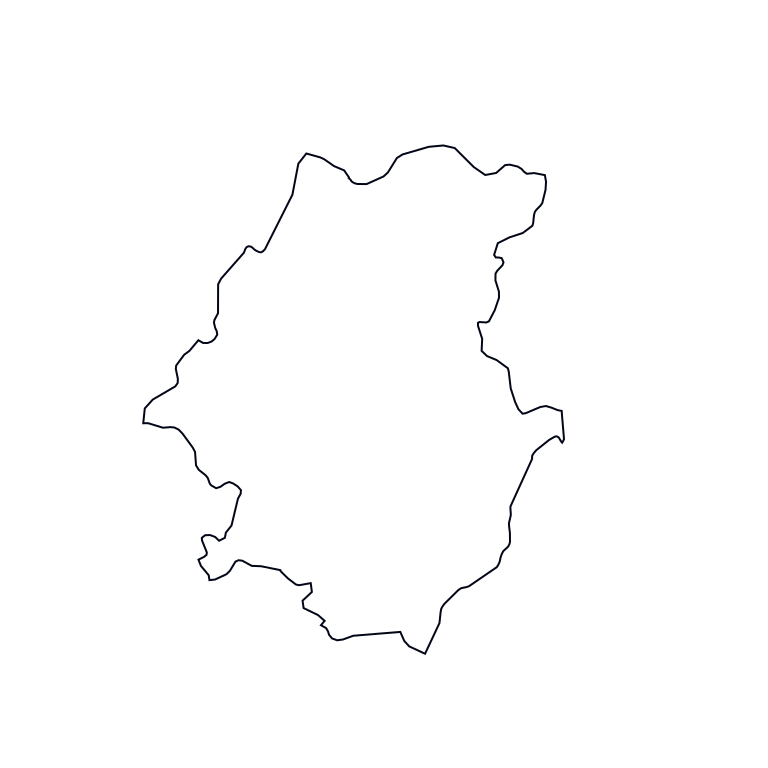 Turin, Albers equal-area conic projection, rotated 133°
{"feature_id": "ITA-5434", "entity_name": "Turin", "entity_type": "Province", "adm_level": 1, "iso_a3": "ITA", "parent_name": "Italy", "parent_adm1": "", "projection": "albers", "projection_center": [7.434, 45.157], "detail": "fine", "context": "isolated", "style": "outline", "palette": "ink", "viewbox_px": 768, "rotation_deg": 133, "n_neighbors": 0, "source": "natural_earth", "source_scale": "10m", "svg_char_len": 2902}
<svg xmlns="http://www.w3.org/2000/svg" viewBox="0 0 768 768"><g transform="rotate(133 384 384)"><path d="M268.4,598.0L261.7,585.1L260.4,581.0L258.7,569.1L254.9,558.7L255.1,558.1L256.8,550.5L257.5,550.2L257.4,547.8L257.8,546.6L257.9,545.1L257.2,542.3L255.8,539.8L249.7,533.1L232.6,525.9L226.7,525.4L209.9,528.7L203.5,527.0L180.1,513.1L169.1,503.3L163.2,493.2L164.1,466.3L162.1,452.5L153.2,445.9L141.3,444.7L137.8,441.6L133.8,434.5L132.9,430.1L133.3,426.3L132.8,422.9L127.3,418.0L121.5,408.8L125.6,403.4L130.6,399.3L131.8,398.3L143.6,391.7L146.6,391.2L152.7,391.4L155.4,391.0L158.3,389.4L164.5,384.7L167.0,383.4L178.9,385.5L191.3,392.3L203.4,396.8L214.5,391.5L215.2,388.5L213.2,386.3L211.7,383.7L213.5,379.6L216.2,378.4L224.1,378.4L227.2,377.7L232.2,373.2L238.1,362.9L242.5,358.7L254.6,353.3L266.6,350.0L269.3,351.2L273.5,356.4L275.2,357.0L277.5,354.7L284.0,343.0L293.2,335.2L293.3,327.7L289.7,318.0L288.0,304.1L289.8,301.3L300.8,288.3L307.8,275.7L310.8,268.4L311.2,262.4L308.6,260.4L294.2,254.0L289.7,250.6L287.0,245.2L284.7,239.2L282.5,235.7L287.2,230.6L301.5,214.8L303.7,214.0L305.4,213.7L305.2,215.4L304.0,219.5L304.0,219.9L304.1,220.7L304.5,221.9L305.4,222.8L306.4,223.3L312.3,225.1L328.7,227.5L332.8,227.3L335.6,226.6L337.8,224.6L387.0,208.1L388.3,207.2L392.6,202.6L393.8,201.6L400.7,197.6L402.9,195.3L406.9,190.5L413.6,184.1L416.0,182.9L418.6,182.3L424.8,182.8L427.7,182.0L430.7,180.8L435.3,178.1L438.3,177.1L441.0,176.6L473.4,183.8L475.1,184.5L476.5,185.3L480.5,188.2L483.7,189.1L503.4,189.9L506.9,189.5L509.4,188.8L512.1,187.1L521.0,180.4L553.3,170.0L558.7,186.6L558.1,193.9L554.2,203.0L589.1,234.8L598.9,239.8L603.4,243.5L605.5,248.5L604.9,253.1L603.1,256.3L602.0,259.8L603.4,265.6L597.7,265.9L598.0,274.7L602.7,290.0L598.0,295.8L585.3,294.9L579.6,301.8L589.0,308.8L590.7,311.6L591.7,321.7L591.4,332.1L590.8,332.8L601.1,349.6L607.2,356.7L609.9,367.2L612.1,370.2L615.2,371.5L625.7,369.3L630.6,369.5L642.2,374.2L646.5,377.9L643.4,381.8L641.9,393.8L639.0,399.9L633.1,397.7L630.0,397.3L628.0,398.7L622.6,410.3L620.8,412.3L616.6,411.7L613.1,408.2L611.0,403.1L611.1,397.7L605.0,395.5L600.5,398.3L591.5,399.0L567.5,412.6L562.0,414.0L559.2,416.2L558.7,421.3L559.7,426.8L561.4,430.5L565.7,432.5L570.7,433.5L574.7,435.7L576.0,441.4L575.6,443.6L572.9,448.8L572.4,452.1L573.1,461.0L571.7,466.0L562.5,475.9L560.9,480.7L557.7,497.4L557.4,503.1L558.8,507.7L561.1,510.7L566.7,515.8L573.6,529.9L576.9,533.3L565.0,542.3L553.1,542.5L528.0,535.0L523.9,535.6L520.8,538.3L514.9,546.6L512.2,548.6L498.8,550.1L492.6,548.9L478.6,549.6L477.4,544.4L474.4,541.0L470.6,539.1L466.7,538.6L461.7,539.6L459.6,542.1L458.1,545.7L455.2,550.1L453.0,551.6L445.4,553.7L424.2,573.3L418.1,575.0L383.6,576.0L379.5,577.6L377.4,577.8L375.5,576.9L374.3,575.0L374.0,573.2L374.1,571.2L373.8,568.8L372.7,565.3L371.4,563.6L369.4,563.0L366.5,563.0L308.0,580.1L281.3,596.9L268.4,598.0Z" fill="none" stroke="#020617" stroke-width="2"/></g></svg>